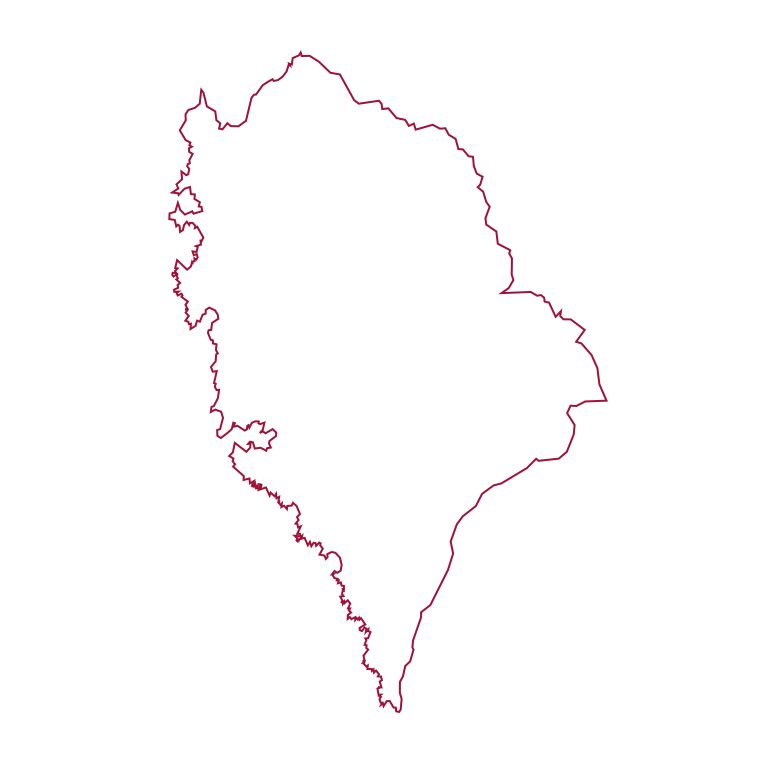 the district of Nossa Senhora Da Luz, São Domingos, Cabo Verde, rotated 183°
{"feature_id": "66160863B49789826079472", "entity_name": "Nossa Senhora Da Luz", "entity_type": "district", "adm_level": 2, "iso_a3": "CPV", "parent_name": "Cabo Verde", "parent_adm1": "São Domingos", "projection": "equal_earth", "projection_center": [-23.458, 15.031], "detail": "fine", "context": "isolated", "style": "outline", "palette": "rose", "viewbox_px": 768, "rotation_deg": 183, "n_neighbors": 0, "source": "geoboundaries", "source_scale": "gbopen_adm2", "svg_char_len": 6130}
<svg xmlns="http://www.w3.org/2000/svg" viewBox="0 0 768 768"><g transform="rotate(183 384 384)"><path d="M205.6,318.6L197.9,325.8L191.9,343.5L191.5,353.0L199.6,364.5L196.6,372.1L190.8,372.1L182.1,377.1L160.9,379.0L168.9,395.0L171.7,410.9L178.2,423.7L189.0,434.9L194.3,436.2L186.4,448.5L200.9,458.3L208.2,458.0L211.6,461.1L211.1,466.0L216.1,460.1L223.4,473.9L227.9,474.7L228.6,478.6L231.9,481.0L235.7,480.2L242.3,483.6L271.4,480.9L264.5,486.3L260.2,494.6L262.2,500.0L262.8,516.0L265.8,521.0L264.9,524.2L277.7,530.0L279.8,542.2L290.2,548.5L291.4,554.8L287.7,566.6L291.4,571.1L295.0,581.2L300.7,585.4L298.3,588.2L296.4,596.1L302.4,599.0L305.7,606.3L307.0,615.5L311.5,615.9L317.5,622.4L322.0,622.5L325.3,632.5L332.4,636.3L336.1,642.6L341.5,641.9L348.9,645.4L365.7,639.7L367.8,645.6L372.6,643.0L376.7,648.9L385.4,650.2L394.1,659.5L400.1,658.5L401.1,663.7L403.8,666.6L423.8,662.6L428.6,665.8L444.2,690.8L453.8,692.0L465.8,702.4L475.4,707.8L483.4,707.2L484.6,710.7L486.2,707.7L492.2,704.7L492.8,698.2L495.5,699.0L494.6,697.1L495.9,697.9L497.6,691.1L501.2,685.7L505.9,681.9L510.0,680.9L511.3,682.5L515.0,680.2L520.8,676.0L526.9,666.4L528.9,666.1L531.3,662.9L535.6,639.6L542.9,633.7L550.4,633.5L554.1,636.2L558.6,629.9L562.1,630.4L561.1,635.7L565.2,638.7L566.8,647.5L575.4,651.9L579.6,665.6L581.9,668.2L582.7,654.2L587.2,649.9L593.7,647.4L596.3,643.0L595.8,636.9L601.2,626.7L594.8,617.1L590.0,615.0L590.8,612.2L588.3,610.9L591.1,609.2L590.7,605.6L587.1,603.8L590.1,597.4L589.5,594.2L591.6,593.2L591.9,591.0L589.8,588.8L590.5,583.2L592.4,582.2L597.4,585.6L596.4,577.9L601.7,572.5L599.6,568.5L605.6,564.1L599.5,563.7L599.0,562.1L593.4,568.6L588.0,570.6L586.8,563.5L582.8,563.4L583.0,558.9L577.4,555.9L578.3,551.6L575.6,551.4L574.5,547.2L583.1,544.1L584.5,546.4L591.7,542.8L596.6,547.2L599.3,554.1L601.5,545.1L607.1,543.1L607.0,537.4L601.6,536.9L599.7,530.5L598.0,532.3L596.4,531.1L595.6,525.2L592.9,527.1L592.0,532.2L589.4,535.8L586.9,532.6L586.2,534.8L583.6,534.9L580.7,532.1L581.0,529.8L578.7,531.2L572.1,520.8L573.9,516.4L574.9,518.5L574.1,513.6L579.0,511.8L577.2,511.1L578.1,506.1L582.1,506.4L580.7,502.7L577.8,503.9L576.7,500.7L577.9,498.4L579.9,499.5L579.6,496.7L581.5,496.1L581.6,493.5L582.2,495.1L583.0,491.2L586.6,487.9L597.1,496.9L598.6,488.9L596.2,488.6L598.6,485.9L597.3,483.9L600.8,484.0L601.2,482.1L599.8,480.3L595.7,483.6L596.8,481.5L595.4,478.7L596.9,477.5L592.9,474.3L595.3,472.1L594.6,469.3L598.6,467.2L598.3,465.1L594.1,465.5L595.9,464.0L594.6,461.6L590.9,463.6L589.8,461.8L590.8,460.4L584.2,456.1L586.4,452.7L584.3,449.1L585.6,448.7L585.6,448.2L584.6,448.6L583.9,447.9L585.8,444.9L582.5,441.7L585.7,436.8L582.7,435.9L581.9,433.5L580.0,434.1L580.1,428.8L575.2,432.2L574.0,437.5L571.1,436.6L568.8,443.7L565.8,444.9L565.9,448.6L562.6,451.1L556.6,448.7L553.7,444.6L552.8,440.5L558.9,436.0L559.4,428.9L562.0,428.5L562.5,425.9L559.3,419.0L557.1,418.6L557.0,415.5L553.3,414.9L553.6,409.2L551.6,405.9L553.1,404.8L553.3,397.9L557.7,391.9L555.7,387.4L551.7,388.1L553.8,376.0L552.1,375.4L552.8,372.3L550.8,369.2L548.4,369.6L549.1,361.3L552.7,353.2L555.1,352.0L555.5,347.0L551.2,349.6L545.2,347.8L543.0,341.8L545.3,330.4L548.2,329.3L547.7,323.6L544.1,321.5L537.9,326.8L533.7,330.9L532.4,337.5L530.9,337.1L532.1,333.4L528.1,334.6L520.6,330.2L518.5,331.6L518.3,335.0L517.1,335.8L516.2,333.3L513.9,338.3L510.6,340.0L507.1,340.0L507.3,338.1L505.4,337.5L501.4,339.2L502.6,332.1L505.5,328.6L502.4,330.3L499.7,328.6L492.9,333.1L489.1,329.9L489.1,326.4L495.3,321.2L495.8,318.8L493.7,314.6L497.4,313.8L498.1,311.2L503.9,313.9L509.6,312.8L511.9,318.9L514.8,319.4L516.5,317.1L514.2,317.6L514.3,313.5L517.9,309.1L529.9,317.4L531.3,308.0L534.8,303.9L530.4,301.7L531.1,298.9L528.5,296.1L530.4,293.6L519.2,284.7L519.2,280.8L513.4,282.6L512.7,277.8L509.0,280.2L510.6,275.3L508.9,274.6L507.6,278.0L506.4,272.3L505.6,276.8L504.0,272.0L502.5,274.8L503.7,277.4L501.1,277.0L501.9,272.3L496.5,274.5L492.4,266.6L491.5,269.6L487.4,266.2L486.0,268.7L485.4,264.2L482.8,265.8L483.3,260.9L481.6,261.5L483.3,260.2L480.9,257.8L479.8,259.2L480.0,255.7L477.4,257.2L474.4,254.0L474.1,257.2L469.8,257.7L468.7,260.6L464.9,257.6L461.1,249.7L463.9,246.6L462.2,243.7L464.9,240.0L463.3,240.0L462.3,236.3L459.7,237.5L462.8,229.8L460.1,230.0L459.3,227.5L465.2,227.7L462.3,225.2L463.2,223.3L461.9,222.1L461.1,222.6L460.7,224.2L459.7,224.8L458.9,226.9L457.8,228.1L458.2,225.2L455.2,226.1L451.6,218.9L449.7,222.5L448.1,218.2L446.0,221.8L444.1,221.6L443.3,218.8L440.4,222.3L438.9,221.5L439.3,219.5L436.5,216.4L439.5,210.2L434.5,209.6L432.9,206.3L431.3,208.2L431.7,211.2L427.4,213.5L423.8,212.9L419.0,208.4L416.8,201.3L417.5,195.4L420.7,193.0L423.7,194.6L426.0,191.2L424.6,191.5L425.5,190.7L423.3,187.6L420.2,187.0L420.8,185.5L418.9,185.7L419.6,182.6L416.7,183.6L415.9,180.5L413.4,180.2L413.3,176.3L414.2,177.3L414.6,177.1L413.1,174.7L414.3,175.6L415.0,172.1L413.3,170.0L416.6,169.4L414.2,165.6L415.4,163.2L413.8,164.4L413.5,162.5L412.3,164.7L411.9,163.1L408.9,166.1L406.2,163.0L408.2,158.1L406.1,158.1L407.3,156.0L404.9,154.1L408.0,151.5L408.0,147.6L406.0,149.5L404.2,147.5L400.6,149.6L400.4,146.8L399.1,148.8L397.9,147.5L396.7,149.3L396.1,147.4L394.8,149.0L390.1,142.9L395.6,139.1L395.3,137.0L393.1,136.1L390.7,139.8L388.7,138.6L389.2,135.3L386.8,138.2L386.9,136.4L384.5,135.5L386.6,129.3L389.3,128.9L388.2,127.2L389.7,122.5L387.7,122.2L387.9,119.5L385.9,117.9L390.3,111.6L389.0,107.2L390.8,106.3L389.3,106.4L390.3,104.8L389.0,105.3L389.5,103.4L386.8,100.9L385.5,102.0L385.6,98.5L381.4,98.7L381.1,96.9L379.5,98.5L378.9,95.3L376.9,97.4L373.8,93.8L374.8,91.7L371.7,91.7L370.6,88.2L372.7,86.6L370.7,80.9L374.1,81.0L372.7,80.3L374.6,79.5L373.2,73.5L370.9,73.6L372.5,72.2L370.7,71.3L372.0,69.1L370.7,65.7L369.0,65.7L369.9,63.6L368.3,64.8L367.5,62.3L364.7,67.4L361.7,67.7L357.5,61.4L355.2,61.4L354.7,57.8L351.8,57.3L350.3,59.7L349.9,70.4L352.0,76.4L352.5,87.3L349.8,93.0L348.0,103.5L343.4,108.3L340.6,120.4L341.9,122.5L341.5,129.6L334.8,152.8L335.0,158.0L326.1,165.7L310.4,201.6L306.1,218.3L309.2,230.2L303.9,247.7L298.4,256.0L285.9,266.9L280.3,279.4L269.2,288.5L261.7,290.8L236.8,307.6L228.1,317.3L225.5,315.4L205.6,318.6Z" fill="none" stroke="#9f1239" stroke-width="2"/></g></svg>